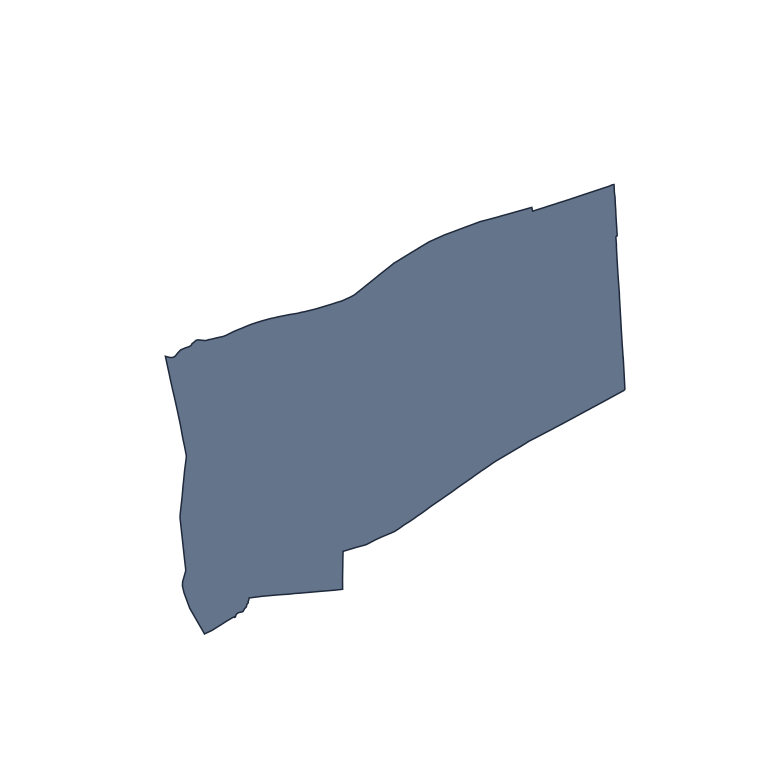 Cochirleanca, Buzau, Romania, rotated 135°
{"feature_id": "2599482B68265285163433", "entity_name": "Cochirleanca", "entity_type": "district", "adm_level": 2, "iso_a3": "ROU", "parent_name": "Romania", "parent_adm1": "Buzau", "projection": "equal_earth", "projection_center": [27.016, 45.202], "detail": "fine", "context": "isolated", "style": "filled", "palette": "slate", "viewbox_px": 768, "rotation_deg": 135, "n_neighbors": 0, "source": "geoboundaries", "source_scale": "gbopen_adm2", "svg_char_len": 4848}
<svg xmlns="http://www.w3.org/2000/svg" viewBox="0 0 768 768"><g transform="rotate(135 384 384)"><path d="M519.0,558.2L519.4,557.6L519.5,557.4L524.1,550.3L528.1,544.1L528.2,543.9L532.6,537.2L540.6,524.5L540.6,524.4L549.0,511.2L557.8,497.7L562.2,491.5L565.8,486.2L568.4,482.1L571.0,478.2L574.6,472.9L576.6,471.2L586.2,463.8L595.7,456.0L600.1,452.5L600.3,452.2L603.8,449.3L606.4,447.1L619.9,436.3L622.7,433.8L628.0,427.2L645.7,405.2L645.8,405.1L655.2,393.3L656.5,392.0L666.2,386.6L669.3,383.8L673.1,377.7L676.6,370.1L680.1,362.5L680.1,362.2L681.9,355.6L687.0,336.6L687.7,334.2L680.2,331.5L679.4,331.3L677.8,330.9L673.8,330.0L669.5,329.0L665.2,328.1L660.2,326.9L655.4,325.6L654.3,325.2L654.6,324.6L653.9,324.3L652.0,325.3L650.8,325.6L648.4,325.1L645.2,323.0L644.2,322.9L641.6,323.7L639.3,323.7L638.3,324.1L637.2,324.9L636.1,325.2L635.1,325.2L634.6,325.4L633.8,326.3L632.3,326.9L630.7,328.1L620.1,319.9L609.8,311.3L603.9,306.2L603.0,305.4L600.2,302.9L595.1,298.9L594.8,298.6L591.5,295.7L589.0,293.6L583.9,289.3L575.4,282.2L571.2,278.6L568.1,276.0L566.7,274.8L565.3,273.6L560.8,270.0L560.1,269.4L559.4,268.9L559.0,268.6L558.4,268.1L557.7,268.8L552.5,274.1L547.5,279.0L542.2,284.1L537.6,288.6L531.3,294.6L519.5,288.3L510.3,283.0L506.8,281.9L499.8,279.7L498.4,279.2L494.1,277.6L490.9,276.3L488.5,275.3L485.3,274.0L484.5,273.6L483.0,273.1L481.2,272.4L480.2,272.1L477.4,271.5L475.6,271.1L470.4,270.3L467.5,269.7L463.0,268.6L457.5,267.6L454.2,267.1L452.7,266.8L450.2,266.3L447.5,265.8L440.7,264.8L439.6,264.7L437.9,264.4L436.7,264.2L433.4,263.6L431.9,263.3L429.6,262.9L428.2,262.6L427.0,262.4L426.1,262.2L424.9,262.0L422.8,261.6L419.3,261.0L415.1,260.2L410.5,259.4L407.1,258.9L405.6,258.7L404.0,258.4L403.7,258.4L402.9,258.2L401.2,257.9L400.0,257.7L398.9,257.5L397.6,257.3L396.2,257.0L392.8,256.4L390.2,255.9L386.6,255.3L386.1,255.3L385.5,255.3L384.8,255.1L380.8,254.4L378.7,254.0L376.6,253.7L375.2,253.4L373.5,253.0L362.8,251.1L359.1,250.3L347.1,247.2L336.5,244.5L331.2,243.1L330.8,243.0L321.5,240.9L320.7,240.6L311.3,237.6L304.8,235.6L302.0,234.7L300.1,234.1L295.7,232.7L294.9,232.5L294.2,232.3L291.9,231.6L290.4,231.1L283.5,229.0L265.4,223.6L263.4,223.0L262.5,222.7L261.3,222.4L257.5,221.2L256.9,221.0L255.0,220.5L252.9,219.9L252.1,219.6L240.6,216.2L240.4,216.1L233.9,214.2L233.2,214.0L228.8,212.7L223.6,211.2L222.1,210.7L220.9,210.4L220.0,210.1L219.1,209.8L218.0,209.9L217.9,209.9L217.5,209.9L217.4,209.9L217.3,210.0L217.2,210.1L216.4,211.0L215.3,212.2L215.1,212.5L214.8,212.8L210.6,217.4L195.9,233.8L196.0,233.9L191.4,239.1L187.0,244.2L184.7,246.8L183.2,248.5L181.6,250.3L161.8,272.5L156.1,278.9L152.6,282.6L152.5,282.8L140.5,296.7L126.6,312.3L121.8,317.6L121.5,317.7L121.0,318.3L116.1,324.0L115.5,324.1L115.0,323.9L114.4,323.9L114.1,324.1L108.1,330.9L102.4,337.4L102.0,337.8L100.7,339.3L98.2,342.0L96.7,343.6L94.3,346.4L93.5,347.3L91.3,349.7L89.5,351.7L89.1,352.2L88.6,352.6L88.4,352.9L88.0,353.5L87.9,353.6L87.4,354.3L86.2,355.8L85.1,357.2L84.5,357.8L83.2,359.2L81.9,360.6L81.5,361.1L81.3,361.3L80.9,361.7L80.8,361.9L80.6,362.1L80.3,362.4L80.7,362.7L81.0,362.9L81.8,363.4L82.4,363.8L83.5,364.1L85.4,364.9L86.9,365.6L87.9,366.2L88.4,366.4L88.9,366.7L90.5,367.5L92.7,368.6L93.4,368.9L96.6,370.6L96.9,370.7L99.8,372.2L100.5,372.5L104.0,374.3L105.5,375.0L109.2,376.9L110.5,377.5L112.8,378.7L113.6,379.1L115.7,380.1L118.1,381.3L119.6,382.1L120.9,382.7L121.3,382.9L122.3,383.4L122.9,383.7L123.5,384.0L124.0,384.3L124.5,384.5L125.3,385.0L126.4,385.5L127.0,385.8L129.1,386.9L129.8,387.3L131.4,388.1L133.1,389.0L135.8,390.3L137.6,391.3L140.5,392.8L143.4,394.3L145.5,395.3L151.6,398.5L156.7,401.1L154.6,404.4L172.1,414.2L175.5,416.1L183.6,420.7L183.8,420.7L201.3,430.9L213.3,436.4L220.3,439.6L224.3,441.4L229.8,443.9L235.4,446.5L242.2,449.1L251.4,452.6L260.1,454.8L261.3,455.1L270.7,457.4L281.9,460.1L288.7,461.7L290.7,462.2L291.2,462.4L298.0,463.1L302.1,463.6L306.3,464.1L309.7,464.5L309.9,464.5L310.2,464.6L310.9,464.6L317.6,465.3L336.0,467.3L339.3,467.7L339.6,467.7L340.2,467.8L341.2,467.8L344.6,468.7L347.6,469.7L349.8,470.6L352.9,471.7L355.6,472.8L357.2,473.7L359.4,474.9L364.4,477.4L376.3,483.8L378.4,484.9L380.3,486.0L383.9,488.2L385.1,488.9L389.2,491.4L392.2,493.5L393.8,494.3L395.2,495.2L400.0,498.6L401.0,499.5L402.6,500.5L411.1,506.2L412.9,507.3L415.5,508.9L417.7,510.4L420.7,512.1L425.6,514.9L430.3,517.4L435.7,520.1L442.2,522.9L442.6,523.0L444.9,523.9L447.1,524.9L453.1,527.4L458.3,529.1L460.3,529.8L461.0,530.0L464.2,531.4L466.0,532.6L467.7,533.7L470.1,535.2L474.6,537.9L476.2,539.1L477.0,539.5L479.5,540.9L483.6,545.9L484.1,546.6L486.0,547.8L488.0,547.9L489.6,548.0L491.1,548.3L492.9,547.7L493.4,547.7L494.3,547.9L495.7,548.4L496.8,548.9L498.0,549.6L499.7,550.3L503.1,551.7L503.8,551.9L507.8,551.8L511.3,551.4L512.9,551.5L515.1,552.5L516.8,554.4L518.6,557.5L518.8,557.8L519.0,558.2Z" fill="#64748b" stroke="#1e293b" stroke-width="1.5"/></g></svg>